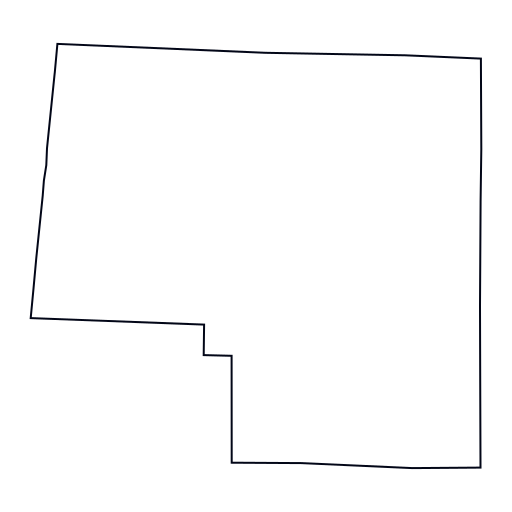 the district of Marion, Alabama, United States of America
{"feature_id": "52423323B32339389880328", "entity_name": "Marion", "entity_type": "district", "adm_level": 2, "iso_a3": "USA", "parent_name": "United States of America", "parent_adm1": "Alabama", "projection": "equal_earth", "projection_center": [-87.968, 34.118], "detail": "fine", "context": "isolated", "style": "outline", "palette": "ink", "viewbox_px": 512, "rotation_deg": 0, "n_neighbors": 0, "source": "geoboundaries", "source_scale": "gbopen_adm2", "svg_char_len": 419}
<svg xmlns="http://www.w3.org/2000/svg" viewBox="0 0 512 512"><path d="M57.4,43.9L55.6,63.6L54.8,72.3L54.6,74.0L47.0,148.3L46.3,165.2L43.9,180.5L42.7,195.9L36.3,257.9L33.5,288.6L30.7,318.1L204.1,324.6L203.7,355.1L231.6,355.8L231.7,462.7L301.5,463.1L412.3,468.1L480.5,467.6L480.2,376.7L480.0,305.7L480.6,200.6L481.3,149.2L480.9,58.6L405.3,55.3L265.4,52.8L57.4,43.9Z" fill="none" stroke="#020617" stroke-width="2"/></svg>